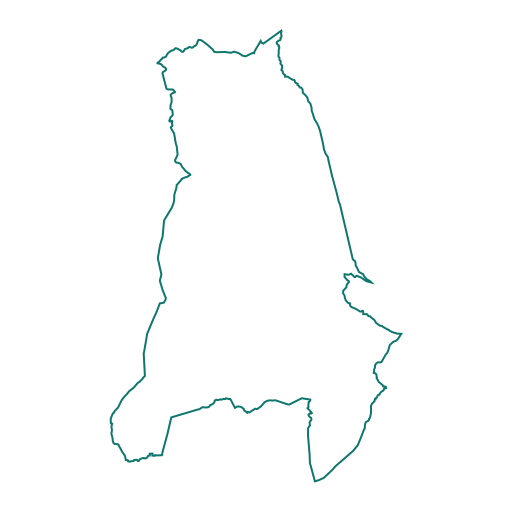 Charapan, Michoacán, Mexico
{"feature_id": "50627088B69294941658253", "entity_name": "Charapan", "entity_type": "district", "adm_level": 2, "iso_a3": "MEX", "parent_name": "Mexico", "parent_adm1": "Michoacán", "projection": "mercator", "projection_center": [-102.229, 19.697], "detail": "fine", "context": "isolated", "style": "outline", "palette": "teal", "viewbox_px": 512, "rotation_deg": 0, "n_neighbors": 0, "source": "geoboundaries", "source_scale": "gbopen_adm2", "svg_char_len": 5999}
<svg xmlns="http://www.w3.org/2000/svg" viewBox="0 0 512 512"><path d="M157.5,63.3L159.6,63.7L161.2,64.3L163.1,66.5L165.2,67.7L166.0,68.8L166.0,69.7L165.8,70.2L162.7,72.3L162.5,73.6L166.4,88.4L166.8,89.0L167.9,89.4L172.8,89.5L174.9,91.7L174.8,92.4L172.3,93.3L170.7,94.7L170.7,95.7L171.6,97.9L171.6,101.2L171.5,102.4L170.6,105.0L170.6,106.8L170.3,108.4L170.5,108.9L172.3,110.3L172.8,114.6L172.2,115.7L170.6,117.3L169.3,120.7L169.6,121.3L170.1,121.6L171.6,120.8L172.0,120.8L172.4,121.4L171.9,123.5L172.5,125.3L172.1,126.1L171.1,126.8L170.8,127.3L171.5,129.1L174.0,133.2L175.0,138.5L175.0,139.8L175.6,141.7L175.6,142.9L176.7,146.3L177.6,154.5L176.4,157.5L175.1,160.0L175.3,161.7L176.3,162.5L177.8,162.7L180.5,163.8L182.4,167.3L183.9,168.8L184.8,170.2L187.4,172.5L189.7,174.0L190.2,174.4L190.3,174.9L187.0,176.9L184.6,177.6L181.8,178.8L181.8,179.2L176.7,185.1L176.3,188.2L174.3,194.8L174.2,200.2L173.7,202.5L172.9,204.9L171.8,207.7L164.5,219.7L164.0,221.1L162.6,236.6L160.2,244.6L157.8,258.2L161.3,274.1L161.2,275.4L159.9,280.3L159.9,281.0L162.7,290.2L165.8,298.0L165.7,299.4L163.8,302.7L159.8,303.4L156.5,312.1L153.3,319.1L147.2,333.7L144.1,351.8L143.7,353.5L144.9,375.9L143.4,377.4L142.6,378.7L139.1,382.2L138.4,382.4L137.5,383.2L134.0,387.4L129.2,391.2L126.8,394.2L124.1,397.0L121.7,400.1L118.1,407.5L115.0,410.7L114.0,412.2L113.9,412.8L112.9,413.3L111.3,417.1L110.7,419.1L110.9,423.3L112.1,423.7L111.6,425.8L111.5,427.9L112.0,429.7L111.4,433.8L112.5,437.8L112.8,441.0L113.6,443.2L114.6,443.9L117.5,444.2L118.5,444.6L118.8,445.8L120.6,448.7L122.0,451.6L124.9,455.7L125.9,460.1L127.8,460.2L128.2,460.5L128.2,461.4L129.8,461.6L133.7,460.9L134.2,460.0L136.7,459.8L136.9,459.8L137.6,460.9L138.7,461.0L139.7,459.3L142.2,458.2L143.9,458.0L144.1,458.3L146.1,458.3L146.4,458.1L147.3,457.3L148.1,455.8L149.8,455.5L149.8,453.7L152.5,453.6L152.4,455.6L154.8,455.8L155.0,455.2L157.8,455.4L161.9,455.2L162.7,451.4L167.4,434.1L171.3,417.4L197.8,409.5L199.3,409.3L202.2,407.3L203.0,407.2L205.1,407.5L208.0,407.3L209.3,406.6L210.2,405.1L211.9,404.5L213.4,403.5L214.5,401.9L214.7,400.7L216.1,399.7L217.1,400.1L219.0,399.9L219.6,399.5L220.5,399.4L221.5,399.7L223.3,398.9L225.0,399.1L225.6,398.9L225.8,398.4L226.5,398.3L228.5,399.0L230.3,399.0L235.0,407.9L236.9,406.7L238.0,406.4L240.9,406.9L241.7,407.2L242.7,408.3L243.6,408.6L244.4,410.7L245.3,411.1L247.2,412.7L247.5,412.1L247.9,412.0L248.9,412.4L249.6,412.3L255.2,408.7L256.6,409.1L257.4,408.9L261.1,406.3L264.5,402.3L267.2,400.8L270.5,400.3L271.9,400.6L275.5,400.3L287.5,404.3L289.1,404.6L301.5,398.4L302.1,398.3L310.3,399.6L310.2,400.4L309.4,401.7L308.7,402.0L308.3,405.4L308.5,406.9L307.5,408.1L311.3,412.2L311.8,413.1L311.0,413.6L309.9,413.4L309.0,414.1L308.5,414.9L308.9,415.9L309.8,417.0L310.9,417.7L311.3,418.6L311.4,419.5L311.2,420.3L310.6,420.8L309.7,422.0L309.6,422.8L310.0,425.3L308.5,427.3L308.1,428.5L308.0,435.4L309.6,454.6L309.9,462.9L314.9,481.3L318.7,480.2L323.6,478.0L332.4,469.8L335.4,466.3L353.0,451.0L357.7,445.4L361.2,436.9L364.1,429.2L364.7,428.7L365.0,424.8L365.4,423.2L365.9,422.1L368.6,420.5L369.0,419.7L369.1,418.7L369.9,417.9L370.8,414.0L371.0,412.1L371.1,409.3L370.9,408.1L371.1,407.0L370.8,406.4L372.0,403.7L374.5,401.2L374.6,400.1L375.1,398.9L375.6,399.1L375.9,398.1L376.8,397.6L377.8,395.2L379.7,394.4L379.7,393.8L381.1,391.9L383.1,390.7L383.7,389.9L384.3,388.2L385.1,388.5L386.0,388.1L385.8,387.8L385.8,386.7L383.1,386.3L382.9,385.4L378.5,381.6L377.7,379.8L376.6,378.3L376.9,377.2L376.6,376.6L376.6,375.2L375.9,373.9L375.4,373.4L373.8,373.0L373.7,372.5L374.1,371.7L374.2,369.2L374.9,367.8L375.2,364.8L376.7,363.0L378.1,362.3L380.8,362.3L381.4,362.1L385.9,354.3L387.3,352.8L388.5,349.7L389.8,345.0L393.2,341.8L395.7,340.9L397.6,339.5L401.3,333.8L397.2,333.6L393.5,332.5L391.4,331.7L389.0,330.3L388.6,329.7L386.9,329.3L386.4,328.8L382.7,326.7L382.0,326.0L379.9,325.7L376.1,322.9L374.3,319.9L371.4,317.7L370.0,316.3L368.5,316.1L367.0,314.2L363.2,314.1L363.2,311.7L362.9,310.9L362.2,310.9L361.4,311.5L360.1,311.5L355.5,308.7L351.3,307.0L350.4,306.0L349.9,304.7L350.0,303.4L347.9,302.8L345.9,300.5L345.1,298.6L344.5,295.7L344.0,294.5L343.2,293.7L343.1,291.2L343.4,290.5L346.4,287.3L346.5,286.0L346.9,284.5L348.8,282.4L348.9,281.7L348.9,281.2L347.6,280.4L344.5,277.0L344.6,274.2L348.8,274.8L351.1,273.7L354.5,277.0L355.4,277.0L356.3,275.9L356.8,275.7L359.1,276.8L361.1,277.5L365.1,280.4L366.8,281.3L371.5,282.6L370.0,281.1L367.4,279.7L365.7,278.2L363.8,275.9L363.1,274.2L359.0,272.0L356.9,267.5L355.7,265.7L355.5,262.5L355.0,261.1L353.3,259.9L352.7,258.9L340.0,204.6L338.8,201.9L336.9,193.7L332.1,176.0L328.6,161.1L327.9,157.2L325.4,153.3L324.0,149.3L323.0,143.7L320.2,131.5L318.9,127.3L316.9,123.1L314.6,119.4L313.9,117.6L312.9,113.9L311.7,110.8L311.5,107.4L310.4,103.8L309.6,102.6L308.4,101.6L307.4,97.9L306.3,96.2L304.4,94.1L303.3,93.4L302.8,92.4L302.6,89.6L301.6,88.1L301.1,87.6L299.8,87.5L298.8,85.9L297.5,84.9L297.7,83.9L295.1,82.4L294.6,80.3L293.9,79.9L292.8,79.8L289.8,78.2L288.1,76.9L286.9,76.6L285.1,76.7L285.0,75.0L283.7,74.2L282.9,73.0L282.7,71.2L281.4,70.1L281.5,69.3L282.3,67.8L282.0,67.2L282.1,65.5L280.4,63.7L280.8,61.4L279.5,59.9L279.4,57.5L278.7,56.9L278.4,56.1L278.7,53.3L278.7,49.6L279.3,48.0L279.2,47.0L278.6,46.5L279.0,45.9L278.7,45.3L276.9,43.7L276.7,42.7L277.1,41.9L277.7,41.2L278.7,40.6L279.7,40.4L280.3,40.0L280.6,39.2L280.5,37.9L281.1,37.7L281.5,36.4L281.1,33.5L281.5,31.4L281.3,30.7L263.4,43.6L261.3,42.5L260.7,41.0L254.6,51.2L254.1,53.2L252.8,52.9L245.6,56.3L242.6,55.7L238.9,53.2L234.2,51.7L230.8,52.8L225.0,52.0L216.9,52.2L214.1,51.8L212.9,49.6L206.5,44.0L201.4,40.3L198.7,39.8L198.3,40.1L197.5,41.8L196.9,43.8L195.8,45.5L195.3,45.9L194.4,46.1L192.6,47.6L191.6,47.7L189.3,46.9L188.6,47.3L187.6,48.3L185.5,48.8L184.8,49.2L183.9,50.9L183.0,51.8L181.9,51.7L181.2,51.3L180.6,50.4L177.6,48.8L176.0,48.2L175.1,48.4L173.8,49.9L170.9,50.9L168.2,52.9L166.8,54.8L166.2,56.2L165.5,57.0L164.2,57.5L162.8,57.6L161.9,58.9L160.5,60.0L159.7,61.3L157.5,62.8L157.5,63.3Z" fill="none" stroke="#0f766e" stroke-width="2"/></svg>